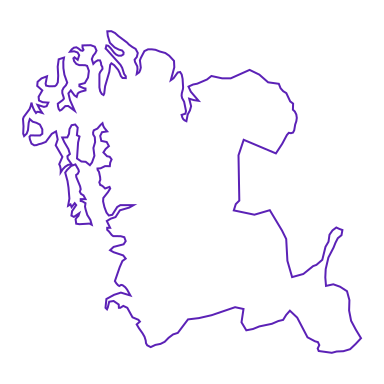 outline of South Chungcheong
{"feature_id": "KOR-2502", "entity_name": "South Chungcheong", "entity_type": "Province", "adm_level": 1, "iso_a3": "KOR", "parent_name": "South Korea", "parent_adm1": "", "projection": "equal_earth", "projection_center": [126.614, 36.518], "detail": "fine", "context": "isolated", "style": "outline", "palette": "violet", "viewbox_px": 384, "rotation_deg": 0, "n_neighbors": 0, "source": "natural_earth", "source_scale": "10m", "svg_char_len": 5746}
<svg xmlns="http://www.w3.org/2000/svg" viewBox="0 0 384 384"><path d="M177.8,332.9L173.1,334.4L168.6,337.8L164.7,341.8L160.5,343.9L155.4,344.9L150.7,347.1L147.2,345.3L146.0,343.2L145.7,340.5L144.5,336.7L142.6,333.4L138.8,328.0L136.7,324.4L139.9,321.6L138.4,319.8L132.5,317.3L127.3,307.8L123.3,305.9L120.3,307.8L118.9,307.8L118.7,304.5L113.6,301.0L109.2,301.7L107.8,307.4L107.0,309.3L105.5,307.8L106.4,299.0L114.1,294.8L120.9,292.6L130.4,295.5L127.1,289.6L125.2,287.2L122.6,285.2L121.1,284.9L119.3,286.0L118.0,285.2L116.3,283.3L114.9,281.1L119.7,267.2L122.4,261.0L125.7,258.6L123.2,255.4L113.6,252.2L110.1,250.2L113.6,246.9L123.6,244.3L125.7,241.1L124.3,237.2L120.7,236.2L113.2,236.1L111.7,235.0L109.0,231.5L107.2,229.8L107.2,227.8L110.1,227.8L106.8,221.0L110.9,218.6L115.5,217.1L119.9,210.3L129.2,207.6L133.6,205.1L120.4,205.1L117.2,207.0L112.3,214.8L108.8,215.5L106.5,212.6L104.4,207.0L103.1,201.4L103.3,198.0L108.0,192.1L110.2,188.5L109.5,186.9L105.1,188.5L103.2,186.6L101.4,185.3L100.3,185.1L99.3,182.3L100.3,179.8L100.1,177.1L99.0,171.9L97.6,169.8L97.5,168.5L100.6,168.3L105.1,166.1L109.8,166.2L110.2,162.6L111.6,159.4L109.7,156.8L107.0,156.2L103.4,152.4L105.7,148.9L108.9,146.1L106.7,142.0L101.3,140.9L100.2,135.9L102.0,132.2L107.2,131.4L104.2,127.7L103.2,125.8L102.5,123.2L100.6,124.9L97.4,128.6L93.8,130.3L93.1,132.4L93.2,134.5L94.8,137.1L95.1,142.1L93.4,148.0L94.4,155.8L92.0,162.5L89.9,165.2L85.7,161.8L81.4,161.5L77.0,158.5L78.1,142.4L79.5,136.5L76.9,135.2L77.7,127.6L75.2,124.5L71.6,125.2L69.5,129.1L69.0,133.9L67.3,137.4L62.2,137.5L64.3,142.1L68.4,149.1L69.9,154.0L67.4,156.2L67.7,158.7L71.6,164.2L68.1,164.9L65.2,166.7L62.7,169.3L60.7,172.4L60.8,170.2L60.5,168.0L60.0,165.9L59.2,164.2L62.4,156.9L55.7,145.3L57.7,139.5L56.0,131.4L51.8,133.8L45.8,141.9L41.4,143.6L38.8,144.2L36.5,145.1L34.2,145.3L31.5,143.6L29.9,139.4L29.5,136.7L30.6,135.4L40.0,135.5L42.3,133.8L42.3,129.3L39.9,124.6L36.4,122.8L32.7,121.7L29.8,119.1L28.7,122.7L28.0,130.1L26.7,133.6L24.1,136.1L23.2,133.7L23.5,126.2L23.0,119.0L23.7,117.0L29.5,109.2L30.6,106.4L31.5,102.6L32.2,105.5L33.2,108.1L34.4,110.6L36.0,113.0L37.2,111.8L38.7,111.9L42.3,113.0L39.9,109.4L37.5,104.9L44.0,106.9L46.6,106.2L48.3,102.6L42.6,102.2L39.0,100.5L38.6,96.8L42.3,90.4L37.2,85.9L37.6,81.8L41.5,78.4L47.0,76.3L45.6,83.6L46.1,85.6L49.2,86.3L54.8,86.2L56.3,85.1L57.8,82.4L58.2,75.7L57.7,66.7L58.7,59.3L64.0,57.6L63.3,61.7L63.4,68.2L64.4,74.7L67.2,82.6L65.9,85.3L63.6,87.8L62.3,90.4L62.3,93.1L63.7,97.5L63.9,98.7L62.7,100.1L57.8,103.7L58.0,106.3L58.7,109.0L59.9,110.6L61.5,109.8L65.3,106.1L68.2,106.0L74.7,110.8L70.0,100.1L68.4,93.4L70.8,90.4L74.4,95.3L76.7,96.9L77.7,93.6L78.7,92.6L81.0,91.6L85.5,90.4L85.5,88.5L83.7,88.2L79.4,86.3L79.4,84.5L84.8,83.1L88.0,77.6L88.9,70.9L87.1,65.9L85.1,65.2L79.2,65.1L76.3,63.9L74.1,61.1L73.4,58.3L74.5,57.3L77.7,59.8L79.2,55.2L77.6,52.5L74.2,51.3L70.0,51.7L71.7,49.4L73.9,47.7L76.4,47.3L78.6,48.6L80.7,50.4L82.6,50.8L83.5,49.8L82.5,47.6L82.5,45.4L90.8,45.2L94.8,46.7L96.5,50.6L95.3,53.1L93.2,55.7L91.8,59.1L93.3,63.9L95.3,61.8L97.8,60.3L100.0,60.4L101.0,62.9L101.2,65.0L102.3,66.9L102.5,68.9L100.1,72.2L99.4,74.1L99.4,87.4L100.2,91.3L101.8,94.0L103.5,95.0L104.2,93.6L105.1,86.2L109.3,71.9L110.2,64.9L111.4,63.3L114.2,65.2L118.1,69.8L119.7,73.0L120.8,76.0L122.5,78.0L125.8,78.1L125.8,76.3L124.1,74.0L122.2,67.9L120.5,64.9L106.6,49.4L105.6,48.6L106.4,45.4L108.3,45.8L110.6,48.1L114.2,52.8L116.2,54.6L118.5,55.7L121.3,55.7L123.4,54.4L123.6,52.4L122.1,50.5L118.9,49.6L114.6,47.4L109.9,42.8L107.8,35.9L107.3,31.3L111.4,31.2L115.0,33.0L118.3,36.0L127.1,42.6L128.9,44.5L132.3,47.0L135.6,48.9L137.8,53.0L136.8,57.0L134.6,59.7L135.0,61.9L137.3,66.4L137.5,69.2L136.7,74.1L139.2,72.3L140.2,70.1L140.8,67.6L139.9,60.3L140.9,57.8L144.4,51.1L148.1,49.3L151.6,49.3L155.5,49.8L159.8,51.5L165.3,53.0L169.2,55.7L174.0,60.9L174.3,67.3L170.8,80.2L173.5,78.3L177.7,72.5L180.1,72.0L181.7,74.5L182.6,78.9L183.1,87.4L182.9,89.2L181.8,93.3L181.6,95.7L182.1,98.1L184.1,101.7L186.0,111.0L185.4,113.7L181.6,114.9L182.3,117.4L183.2,119.1L184.5,120.3L186.4,121.2L187.7,114.5L189.9,110.5L191.1,106.2L189.2,98.7L193.8,100.1L198.6,100.8L190.8,91.7L188.5,86.6L193.1,84.5L197.2,83.7L207.0,79.5L211.4,76.0L222.0,78.3L230.8,78.3L249.6,69.9L259.3,74.6L268.1,82.3L278.8,83.8L280.6,88.3L283.2,91.2L286.3,93.1L290.2,101.4L293.1,103.6L292.9,109.7L294.8,111.5L296.3,114.5L296.8,117.9L296.3,121.3L295.2,124.5L294.2,130.3L293.0,132.6L290.9,133.2L288.8,132.8L286.9,135.0L282.2,143.8L275.9,153.4L243.7,139.8L238.5,155.3L239.3,200.6L235.8,204.1L233.8,210.4L254.4,214.7L269.8,210.2L282.0,230.5L286.2,239.0L287.4,260.8L292.1,277.1L303.3,274.0L313.1,266.1L316.4,264.9L322.3,259.8L325.5,246.8L328.5,241.7L329.5,234.7L332.5,230.4L336.3,227.5L339.5,229.0L342.4,230.0L341.5,235.2L337.8,238.2L335.5,242.7L333.5,247.7L328.4,257.5L325.7,269.1L325.3,277.4L326.0,285.9L333.3,284.3L340.0,286.7L347.0,291.2L349.4,300.1L349.1,310.5L351.1,320.8L355.8,329.6L361.0,338.2L355.6,344.0L350.1,349.2L343.4,351.2L336.7,351.5L331.8,352.8L318.7,351.0L317.7,348.5L319.3,345.1L317.9,342.1L315.0,341.3L307.5,337.3L297.2,317.6L289.9,310.7L286.2,314.9L283.1,319.9L278.4,321.0L271.9,323.8L259.4,326.4L253.0,329.0L246.3,330.3L241.5,322.3L243.5,309.0L235.1,307.2L211.6,315.2L198.9,318.1L188.0,319.4L177.8,332.9ZM85.6,209.4L87.3,215.0L90.4,220.0L91.7,224.7L89.5,223.6L79.4,224.2L76.2,223.7L75.6,219.2L76.7,217.6L78.4,215.9L79.3,213.2L73.9,216.9L71.4,215.6L72.1,211.1L76.2,205.1L74.7,203.2L71.6,207.1L70.5,204.4L68.1,205.8L69.4,198.6L68.5,187.6L67.5,181.0L65.2,172.6L67.1,169.9L71.1,166.0L75.4,164.4L78.4,169.5L78.9,171.4L77.9,173.6L76.1,175.0L76.3,177.1L80.1,186.3L80.7,189.2L79.8,191.6L80.9,193.8L83.5,195.4L85.5,199.1L80.7,199.1L80.7,201.0L82.3,201.3L85.5,203.2L85.0,206.6L85.6,209.4Z" fill="none" stroke="#5b21b6" stroke-width="2"/></svg>